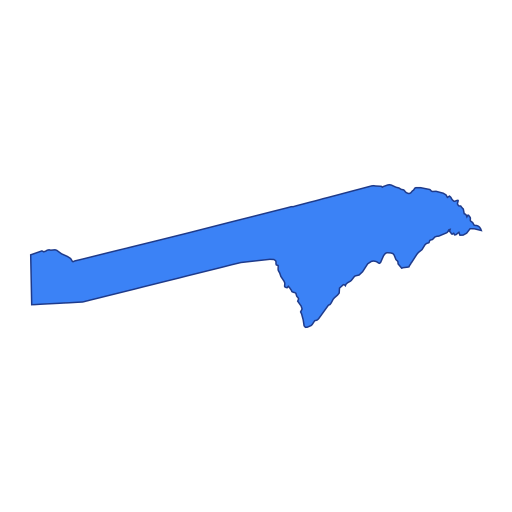 an SVG outline of Caprivi
{"feature_id": "NAM-3356", "entity_name": "Caprivi", "entity_type": "Region", "adm_level": 1, "iso_a3": "NAM", "parent_name": "Namibia", "parent_adm1": "", "projection": "equal_earth", "projection_center": [23.77, -17.975], "detail": "fine", "context": "isolated", "style": "filled", "palette": "blue", "viewbox_px": 512, "rotation_deg": 0, "n_neighbors": 0, "source": "natural_earth", "source_scale": "10m", "svg_char_len": 3553}
<svg xmlns="http://www.w3.org/2000/svg" viewBox="0 0 512 512"><path d="M73.0,261.7L74.9,260.9L82.5,259.1L108.9,252.5L135.4,246.0L161.8,239.5L188.3,232.9L209.8,227.4L231.3,221.9L252.8,216.5L274.4,211.0L283.2,208.8L287.5,207.7L291.2,206.7L293.2,206.7L296.3,205.8L300.8,204.6L305.4,203.4L309.9,202.2L314.4,201.1L318.9,199.9L323.4,198.6L327.9,197.5L332.4,196.3L337.0,195.1L341.5,193.9L346.0,192.7L350.5,191.5L355.0,190.3L359.6,189.1L364.1,187.9L368.6,186.7L371.7,185.9L373.6,185.7L375.6,186.0L381.2,186.3L382.4,187.2L383.2,186.6L387.6,185.0L389.5,184.7L391.4,185.1L395.9,187.2L399.0,188.0L401.0,189.3L403.7,189.9L404.5,190.7L405.2,191.6L406.1,192.5L407.8,193.3L408.7,193.5L409.7,193.4L410.8,192.8L412.4,190.9L413.6,190.1L414.2,189.1L414.9,188.1L415.9,187.7L420.7,187.7L429.7,189.5L430.2,189.8L430.8,190.5L431.5,191.2L432.6,191.5L436.0,191.3L443.2,193.2L446.0,194.9L447.4,197.4L449.5,196.1L450.8,197.3L452.1,199.6L453.8,201.2L454.8,201.3L456.8,200.5L457.9,200.3L458.2,200.7L457.5,203.2L457.5,204.1L458.2,205.2L458.7,205.8L459.5,206.0L460.7,206.0L461.0,206.5L462.9,208.7L463.3,209.0L464.1,213.2L464.3,213.8L465.3,214.1L466.1,214.9L466.6,215.9L466.9,216.8L467.8,215.2L468.5,215.2L470.1,217.3L470.4,218.1L470.3,219.9L470.4,220.7L470.9,221.3L472.1,222.1L472.7,222.6L474.0,225.0L474.8,225.4L476.6,225.5L478.0,226.0L479.5,227.1L480.6,228.7L481.3,230.5L474.4,228.8L470.1,228.7L466.6,233.2L463.1,235.1L459.9,235.2L458.9,232.3L455.9,234.7L454.6,234.9L453.7,233.3L452.1,234.2L451.3,233.6L450.6,232.4L449.5,231.4L450.1,229.4L449.0,229.7L448.5,230.3L448.1,231.3L447.3,232.3L446.6,232.8L438.8,236.1L436.8,236.3L435.0,236.9L432.5,239.5L430.3,240.1L429.7,240.6L429.0,242.6L428.1,243.0L427.2,243.2L426.2,243.7L425.5,244.3L424.9,244.9L422.0,249.6L418.4,252.5L416.8,254.4L411.5,262.6L411.1,262.9L410.8,263.7L409.3,265.9L409.0,266.8L407.9,267.1L403.0,267.7L401.7,268.2L398.1,263.9L397.9,261.7L397.4,260.9L396.7,260.4L395.9,259.5L394.1,255.0L392.8,253.5L390.5,252.9L386.9,252.7L385.4,253.4L383.6,255.6L380.6,262.4L379.6,263.3L378.7,263.1L376.9,261.9L375.7,261.4L373.5,261.0L371.4,261.4L367.7,263.8L362.6,271.7L359.1,275.0L355.3,275.9L354.4,276.5L351.4,280.3L350.5,281.1L347.5,282.8L346.2,284.0L345.7,284.7L345.4,285.7L344.9,285.2L344.4,284.8L343.8,284.6L343.2,284.8L339.5,288.1L339.2,293.0L337.5,295.1L334.4,297.8L333.1,299.3L331.2,302.9L330.0,304.5L328.4,305.2L318.5,318.9L316.9,320.2L314.7,320.7L312.2,324.5L311.5,325.2L311.0,325.6L307.3,327.2L305.4,327.3L304.1,325.8L303.2,319.9L301.6,313.9L300.6,311.9L302.1,309.0L301.1,306.0L297.7,301.2L298.6,298.9L298.0,297.6L296.9,296.5L296.3,294.9L295.9,293.3L294.8,292.6L293.4,292.3L291.9,291.6L291.4,290.4L289.8,288.0L288.3,286.3L287.2,287.7L286.3,287.6L285.3,287.1L284.7,286.7L284.6,286.0L284.8,283.6L284.7,282.8L284.1,281.3L280.9,276.5L279.7,273.0L278.5,270.9L278.2,270.1L278.1,269.1L278.2,265.8L277.8,265.3L277.1,265.2L276.3,264.9L276.0,263.9L276.0,262.0L275.8,261.0L275.2,260.4L273.9,259.5L269.9,259.3L262.6,260.1L253.5,261.1L241.0,262.5L231.8,264.7L222.9,267.0L214.1,269.2L205.2,271.4L196.3,273.6L187.4,275.8L178.5,278.1L169.6,280.3L160.7,282.5L151.9,284.7L143.0,286.9L134.1,289.2L125.2,291.4L116.3,293.6L107.4,295.8L98.6,298.0L89.7,300.2L87.9,300.7L86.1,301.1L84.3,301.6L82.5,302.0L80.5,302.1L78.5,302.2L73.6,302.5L68.6,302.8L63.7,303.0L58.7,303.3L52.8,303.6L46.8,303.9L40.9,304.2L35.0,304.6L31.7,304.7L30.7,254.8L32.2,254.3L41.9,250.9L43.7,251.8L45.4,251.3L47.2,250.2L49.1,249.8L50.7,250.2L55.0,249.8L56.7,250.3L61.5,253.8L67.5,256.5L70.6,258.5L72.4,261.4L73.0,261.7Z" fill="#3b82f6" stroke="#1e3a8a" stroke-width="1.5"/></svg>